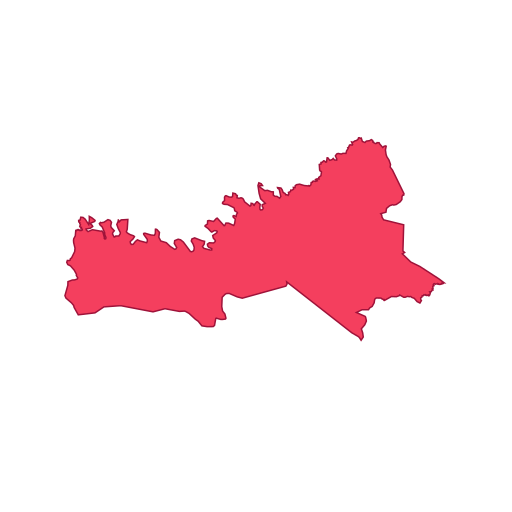 Chingola, Copperbelt, Zambia, rotated 317°
{"feature_id": "96606910B88567375078856", "entity_name": "Chingola", "entity_type": "district", "adm_level": 2, "iso_a3": "ZMB", "parent_name": "Zambia", "parent_adm1": "Copperbelt", "projection": "equal_earth", "projection_center": [27.798, -12.504], "detail": "fine", "context": "isolated", "style": "filled", "palette": "rose", "viewbox_px": 512, "rotation_deg": 317, "n_neighbors": 0, "source": "geoboundaries", "source_scale": "gbopen_adm2", "svg_char_len": 6163}
<svg xmlns="http://www.w3.org/2000/svg" viewBox="0 0 512 512"><g transform="rotate(317 256 256)"><path d="M180.2,135.3L179.1,136.5L175.7,138.0L174.0,141.9L172.8,146.2L172.0,147.1L169.3,147.8L167.0,145.7L165.7,145.7L165.2,145.3L166.1,142.0L167.3,141.2L169.6,140.9L169.6,136.3L170.4,134.8L173.3,132.8L173.6,130.4L172.5,128.4L167.8,127.6L165.3,126.0L165.2,125.4L163.6,125.4L163.1,126.8L163.3,129.9L161.2,135.8L160.0,137.1L158.9,140.1L157.9,140.9L157.1,140.6L157.0,139.7L157.8,138.9L160.1,134.5L160.4,132.6L159.4,132.0L154.3,125.2L149.8,123.6L149.6,121.2L150.2,120.3L153.7,122.7L156.7,123.1L157.1,121.9L156.8,119.0L161.6,120.7L162.6,120.2L162.0,116.0L161.1,113.3L158.7,116.0L155.1,118.9L156.2,112.6L155.8,109.8L154.3,108.1L151.9,109.7L150.6,109.0L149.6,110.2L150.0,111.3L149.2,112.1L148.9,113.5L147.4,114.0L147.1,115.0L147.8,116.0L146.8,116.5L147.2,117.9L146.7,118.5L145.4,118.1L145.1,117.0L144.5,117.2L144.0,115.4L143.4,115.6L143.0,114.8L142.0,115.0L141.6,114.4L137.6,118.0L134.4,119.1L133.2,120.1L131.8,121.8L129.0,126.8L126.4,129.1L119.8,131.6L118.4,131.4L117.4,132.2L116.3,132.0L115.0,130.6L113.3,131.5L112.5,133.9L113.6,136.7L113.4,142.4L112.2,147.0L111.3,147.7L110.7,150.5L109.4,150.9L106.9,149.7L105.3,148.3L101.0,146.5L98.4,149.1L89.2,154.7L88.3,157.2L89.1,164.5L88.9,167.8L87.9,169.6L85.9,177.8L99.5,187.8L110.1,189.5L121.5,198.7L123.5,200.5L142.6,226.6L153.5,232.5L162.2,244.3L166.0,247.4L166.7,248.5L167.9,252.3L168.5,260.8L169.2,264.2L168.8,270.2L172.1,274.4L176.5,278.4L178.3,278.5L183.9,274.3L184.5,274.3L187.0,278.4L188.4,279.7L190.7,281.3L191.6,281.0L193.7,277.2L194.0,273.5L196.5,269.6L203.1,263.1L207.3,262.9L208.8,263.3L210.9,265.1L214.4,273.1L217.2,277.5L257.3,298.4L259.5,297.7L260.8,295.8L273.7,377.5L275.9,384.7L276.0,386.1L275.4,389.3L279.2,388.4L281.6,385.0L283.4,381.1L288.6,380.5L292.3,378.9L292.9,378.1L294.5,375.4L294.6,374.5L290.9,365.8L296.9,367.6L301.6,372.0L303.8,371.5L306.6,372.1L310.5,370.8L313.3,368.6L315.3,368.7L318.7,372.0L318.9,373.6L319.4,374.0L319.4,375.7L320.1,375.6L320.0,376.2L327.4,378.0L330.9,381.5L333.7,382.7L334.5,382.5L335.9,386.9L337.0,387.9L339.2,388.8L340.6,390.6L341.6,391.2L341.7,392.5L342.9,394.9L342.7,399.2L343.8,402.2L346.6,401.4L346.7,400.3L347.9,398.9L349.2,399.2L350.5,398.4L351.0,399.1L352.5,398.9L353.0,400.1L353.7,400.0L354.0,401.5L355.3,401.9L355.3,402.7L355.7,402.4L356.3,403.6L356.2,403.2L358.4,401.8L358.6,400.7L359.9,401.6L361.5,401.1L362.2,401.5L362.5,400.3L363.2,400.6L364.6,398.7L365.9,399.1L366.1,397.9L366.8,397.6L367.6,397.8L367.8,398.9L368.9,399.3L369.9,400.8L370.3,400.4L370.9,402.1L372.0,402.8L373.2,402.5L373.6,403.0L373.3,403.4L374.2,403.8L374.8,403.4L375.3,403.9L374.2,397.5L368.7,375.4L365.1,366.0L364.5,354.2L367.1,354.8L366.9,352.5L385.3,333.9L374.0,316.6L374.6,313.6L375.9,311.7L376.1,310.1L380.9,312.6L383.9,310.2L388.0,310.4L390.8,311.6L391.5,312.7L393.7,314.0L398.4,314.7L401.2,314.2L403.4,312.0L405.0,311.6L405.5,312.2L406.7,311.4L414.4,286.2L414.8,282.4L416.8,280.8L418.7,276.5L419.4,272.6L420.4,270.4L423.0,266.7L426.1,264.5L426.0,264.0L424.6,263.1L422.7,263.1L422.9,258.4L423.3,257.1L421.8,255.6L421.1,255.9L419.9,255.1L419.4,253.4L419.7,252.8L419.2,252.4L420.1,251.1L419.7,249.5L417.7,249.1L415.0,247.2L413.1,247.3L411.9,244.8L413.4,241.5L412.7,241.2L412.2,239.9L411.6,239.5L410.0,240.3L407.9,239.9L407.0,239.3L404.4,238.9L403.7,237.8L402.6,240.4L402.0,240.5L400.6,238.8L399.9,238.7L397.7,239.7L397.0,239.4L396.8,240.2L393.9,240.9L391.8,242.3L389.6,240.2L387.9,239.6L386.0,237.0L384.6,236.4L382.3,236.9L381.3,240.1L380.4,240.9L378.9,239.3L379.0,237.3L377.5,237.4L375.2,236.4L375.5,233.2L375.0,232.7L371.7,235.3L371.0,235.0L370.9,233.2L370.4,232.5L368.4,232.6L367.3,231.9L366.4,233.0L364.7,232.2L361.2,236.5L360.9,237.6L361.4,238.7L361.2,239.2L358.2,241.6L355.4,241.3L354.6,242.6L353.3,241.2L351.7,240.6L351.6,241.4L352.3,242.3L352.1,242.8L350.2,241.9L349.5,240.6L348.2,240.0L347.5,240.6L346.4,239.9L344.7,241.4L342.9,241.4L342.7,240.5L342.1,240.5L339.3,237.3L336.9,233.2L334.3,231.5L332.7,231.3L331.2,232.6L330.1,231.3L329.0,232.8L327.1,232.3L326.4,231.5L325.1,232.4L323.1,231.6L322.3,233.1L320.8,233.6L320.4,232.2L319.5,231.6L319.9,230.1L319.2,228.1L320.3,225.4L320.6,223.3L318.4,220.6L318.1,221.2L318.4,223.2L314.7,229.4L312.7,229.8L312.0,226.7L310.5,225.2L310.2,223.3L312.4,220.9L311.0,219.4L309.2,215.8L307.0,214.2L305.8,208.2L306.0,207.5L306.7,207.2L308.8,208.9L309.1,206.7L308.0,204.4L305.5,205.8L301.0,212.3L298.4,217.3L298.7,223.8L295.5,222.7L294.5,223.8L294.0,226.0L292.3,226.5L290.8,225.6L290.7,224.7L291.8,223.1L294.3,221.1L294.0,217.3L293.6,216.9L290.5,217.2L289.2,217.8L289.0,217.4L289.4,215.5L288.4,214.1L286.6,215.6L285.6,215.4L284.6,208.6L285.5,205.8L285.5,204.6L284.8,203.2L282.9,202.2L281.8,200.4L283.6,199.0L283.1,198.3L283.5,196.5L282.0,194.2L279.4,196.5L278.1,196.2L276.7,194.7L275.2,191.4L274.5,191.1L273.1,191.5L270.8,194.0L268.2,194.0L267.3,194.8L267.9,196.4L270.3,199.0L272.7,205.4L272.7,206.2L271.3,208.4L272.0,211.1L271.8,211.9L270.2,212.2L268.4,213.6L267.4,211.3L266.4,211.1L265.8,212.2L266.0,214.9L262.6,217.6L260.5,218.5L258.4,213.3L256.5,211.4L253.8,212.4L253.3,212.0L253.5,201.9L252.7,201.5L248.5,201.8L245.9,198.0L244.6,197.3L242.3,199.5L239.6,199.0L239.0,199.5L239.7,203.2L239.7,207.5L240.0,208.4L242.8,209.0L244.4,210.8L244.4,211.5L243.1,212.3L238.3,211.5L237.0,213.7L236.8,217.0L236.1,217.6L233.9,217.6L230.9,214.5L228.5,214.2L227.5,215.7L227.4,217.6L228.7,220.4L227.7,221.4L226.5,220.3L223.1,214.8L223.2,212.7L226.2,212.0L228.4,210.2L226.8,207.8L223.5,200.9L220.8,199.8L218.9,200.9L218.1,204.5L216.7,207.6L214.7,209.3L213.4,209.6L211.8,209.0L211.1,207.9L212.4,196.3L211.9,192.7L210.5,190.6L207.0,189.3L204.8,191.1L203.8,195.7L202.1,196.2L201.1,195.7L199.8,190.5L199.5,185.1L196.6,180.1L197.7,176.0L201.5,172.9L201.6,169.2L201.1,168.0L200.7,167.8L197.8,170.8L195.8,171.6L193.6,169.1L190.3,163.5L189.2,162.9L188.6,163.6L187.8,169.7L186.7,171.0L185.1,171.7L181.4,165.8L180.3,163.3L177.8,163.1L174.1,163.7L172.7,162.5L173.0,160.8L173.8,159.7L177.5,159.7L180.3,159.0L180.3,157.8L178.5,154.4L177.6,151.3L177.7,149.9L180.1,148.6L187.2,141.9L182.0,137.6L179.3,137.7L180.2,135.3Z" fill="#f43f5e" stroke="#9f1239" stroke-width="1.5"/></g></svg>